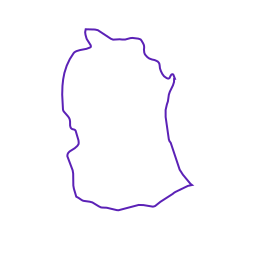 Gabès, Natural Earth projection, rotated 26°
{"feature_id": "TUN-111", "entity_name": "Gabès", "entity_type": "Governorate", "adm_level": 1, "iso_a3": "TUN", "parent_name": "Tunisia", "parent_adm1": "", "projection": "natural_earth1", "projection_center": [9.729, 33.79], "detail": "fine", "context": "isolated", "style": "outline", "palette": "violet", "viewbox_px": 256, "rotation_deg": 26, "n_neighbors": 0, "source": "natural_earth", "source_scale": "10m", "svg_char_len": 1851}
<svg xmlns="http://www.w3.org/2000/svg" viewBox="0 0 256 256"><g transform="rotate(26 128 128)"><path d="M148.6,63.2L147.9,63.6L149.2,66.5L149.7,69.9L149.7,77.0L150.1,80.1L152.2,86.6L152.6,89.7L153.9,95.3L157.0,101.6L169.6,120.2L171.0,121.6L172.9,122.6L192.7,142.8L197.8,145.9L208.6,150.8L210.5,151.2L210.1,151.5L207.2,153.8L198.7,164.6L197.7,166.2L197.1,167.6L189.5,180.1L186.6,186.2L185.6,187.2L184.8,187.8L175.7,190.5L171.3,192.5L155.5,206.1L154.0,206.7L143.8,209.0L139.7,210.8L138.5,211.2L136.1,211.2L128.6,210.5L126.0,211.0L120.2,212.9L119.0,213.1L117.7,213.0L114.1,212.5L111.6,212.4L106.0,206.3L104.1,203.7L98.7,193.0L96.8,190.3L85.9,180.0L85.5,179.1L85.2,178.1L85.2,176.6L85.5,175.6L85.8,174.7L89.0,169.5L89.3,168.8L90.3,166.4L90.5,165.0L90.6,164.4L90.4,163.5L89.9,162.4L88.8,160.7L82.2,153.5L81.5,153.1L80.9,153.0L80.3,153.0L78.5,153.4L77.8,153.4L77.1,153.2L76.5,152.9L75.9,152.4L75.4,151.8L74.9,151.2L73.1,147.6L72.2,146.3L71.7,145.7L70.5,144.7L69.1,143.9L63.0,141.3L62.4,140.9L61.9,140.4L61.4,139.8L54.2,126.8L50.6,118.8L48.4,112.7L46.7,106.4L45.6,98.8L45.5,91.6L46.3,84.7L46.6,83.6L47.3,82.4L47.7,81.9L48.2,81.3L50.7,79.0L55.9,75.1L58.3,72.6L58.7,72.1L59.0,71.5L58.8,70.8L58.2,70.0L51.9,66.1L51.2,65.4L48.9,62.8L47.5,60.7L46.7,57.8L55.1,54.0L58.0,53.3L73.5,55.3L74.9,55.2L75.9,55.1L81.6,51.9L84.1,51.0L86.6,49.8L90.7,46.2L92.5,45.1L98.0,43.2L99.4,43.0L100.5,42.9L101.8,43.5L104.5,45.3L105.8,46.4L106.3,47.0L106.7,47.6L107.4,48.9L107.9,50.4L109.5,53.0L110.7,54.2L112.0,54.9L114.3,55.8L116.0,56.1L116.6,56.2L119.6,55.9L122.0,55.3L123.2,55.2L125.5,55.2L126.8,55.7L127.8,56.3L128.9,57.7L130.6,60.4L132.7,62.5L135.2,64.4L137.7,65.7L140.8,66.2L141.9,66.1L142.6,65.9L143.1,65.4L143.4,64.9L143.4,64.3L143.4,62.3L143.5,61.5L143.7,60.8L144.3,60.2L144.8,60.1L145.2,60.1L145.6,60.4L148.6,63.2Z" fill="none" stroke="#5b21b6" stroke-width="2"/></g></svg>